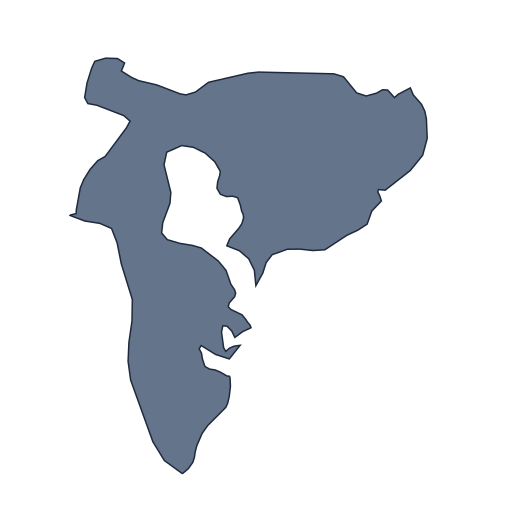 the border of Sorsogon, rotated 265°
{"feature_id": "PHL-2541", "entity_name": "Sorsogon", "entity_type": "Province", "adm_level": 1, "iso_a3": "PHL", "parent_name": "Philippines", "parent_adm1": "", "projection": "albers", "projection_center": [123.877, 12.827], "detail": "fine", "context": "isolated", "style": "filled", "palette": "slate", "viewbox_px": 512, "rotation_deg": 265, "n_neighbors": 0, "source": "natural_earth", "source_scale": "10m", "svg_char_len": 2094}
<svg xmlns="http://www.w3.org/2000/svg" viewBox="0 0 512 512"><g transform="rotate(265 256 256)"><path d="M312.6,74.3L313.1,74.9L313.9,80.5L317.6,81.0L339.2,86.9L347.2,91.1L356.8,98.3L364.8,106.7L368.3,114.4L395.1,138.2L401.4,142.3L407.4,136.5L420.1,110.5L422.5,101.8L428.8,99.1L442.9,102.7L457.1,108.5L464.0,112.4L466.2,123.5L464.8,135.2L459.7,141.9L452.0,138.0L444.9,147.4L440.9,154.4L435.1,172.0L424.1,194.6L422.6,200.3L424.6,210.0L433.2,223.9L438.8,263.9L439.0,274.6L430.7,349.5L426.9,358.8L409.7,370.5L405.8,379.7L407.7,390.2L410.6,396.6L409.9,401.6L401.7,407.8L404.7,411.7L410.0,424.4L402.8,426.7L392.7,434.1L385.5,436.8L377.8,437.7L358.2,436.8L341.8,430.8L327.7,417.1L310.3,390.4L311.5,383.8L309.4,382.9L305.2,384.5L299.9,385.7L290.7,375.3L278.1,369.5L273.0,360.0L268.6,348.1L256.2,325.2L256.5,313.0L259.0,300.5L260.0,287.8L255.9,272.2L248.5,265.5L238.4,261.3L226.5,253.3L242.0,253.1L253.9,248.5L262.7,239.9L268.7,227.8L275.3,231.2L285.1,241.3L289.5,244.8L295.3,247.0L298.6,246.8L302.1,245.6L308.2,244.8L315.7,242.8L317.6,237.9L317.8,231.7L320.6,225.9L326.9,223.0L333.4,224.3L339.2,226.8L343.4,227.8L353.4,223.2L362.8,214.5L369.7,203.2L372.5,191.6L367.2,176.1L354.9,172.3L326.8,176.7L316.0,174.9L297.3,166.0L287.1,164.0L280.0,169.1L275.3,181.0L272.0,193.9L268.7,202.3L254.3,218.0L244.3,224.9L230.0,228.5L224.3,231.7L220.6,232.5L217.2,231.1L211.6,225.3L208.0,223.9L205.0,226.2L198.5,237.1L193.2,240.6L191.1,241.6L187.6,244.1L185.0,244.8L181.8,236.1L176.7,227.8L183.4,225.3L188.6,221.0L189.4,216.9L183.1,215.0L167.3,215.8L163.6,217.6L166.4,221.3L168.1,226.2L168.4,232.4L155.8,220.4L161.4,207.2L171.6,193.6L168.5,191.3L164.1,193.2L157.9,193.7L150.4,195.5L147.4,199.9L146.1,205.3L143.4,210.4L139.0,216.6L138.5,219.1L136.8,219.5L128.5,219.2L118.4,217.1L111.9,215.0L107.8,212.7L91.3,193.1L84.0,186.9L72.2,180.5L65.9,178.3L60.8,177.1L56.0,175.1L50.0,170.0L45.8,164.0L46.1,163.1L60.2,146.9L79.9,137.1L143.4,120.3L162.3,119.4L181.2,121.9L202.0,126.8L223.5,129.0L260.0,121.1L281.2,118.8L296.0,114.5L302.1,103.3L305.8,88.4L312.6,74.3Z" fill="#64748b" stroke="#1e293b" stroke-width="1.5"/></g></svg>